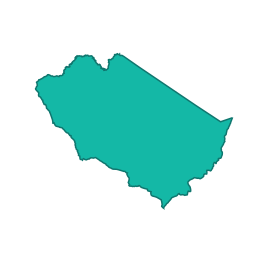 Upala, Alajuela, Costa Rica (Mercator projection), rotated 13°
{"feature_id": "36466004B97209373697434", "entity_name": "Upala", "entity_type": "district", "adm_level": 2, "iso_a3": "CRI", "parent_name": "Costa Rica", "parent_adm1": "Alajuela", "projection": "mercator", "projection_center": [-85.236, 10.868], "detail": "fine", "context": "isolated", "style": "filled", "palette": "teal", "viewbox_px": 256, "rotation_deg": 13, "n_neighbors": 0, "source": "geoboundaries", "source_scale": "gbopen_adm2", "svg_char_len": 5645}
<svg xmlns="http://www.w3.org/2000/svg" viewBox="0 0 256 256"><g transform="rotate(13 128 128)"><path d="M227.4,94.9L226.8,94.9L216.8,101.1L189.3,90.9L125.1,66.2L107.7,59.2L105.7,58.6L104.4,59.1L103.8,59.1L103.6,58.8L103.2,57.9L102.9,58.5L102.0,58.5L100.9,58.0L100.6,58.2L100.6,58.8L100.3,58.9L99.9,59.4L99.4,59.5L99.0,59.2L98.6,59.4L98.4,59.7L98.6,61.0L97.9,61.9L97.6,63.2L97.6,63.7L96.9,64.0L96.0,65.4L94.7,65.4L93.8,65.7L93.6,65.9L93.6,66.2L93.9,66.5L94.1,67.2L94.4,67.4L94.3,68.6L95.1,68.9L95.1,70.7L94.9,71.9L95.0,73.1L95.3,74.1L94.6,75.3L93.6,76.6L93.2,76.4L92.9,76.5L92.5,76.4L92.4,76.5L92.2,77.0L91.6,77.2L91.6,76.8L92.0,76.3L92.2,75.7L90.6,75.5L90.1,76.3L89.4,76.0L88.6,75.9L89.1,75.4L88.1,75.0L88.1,74.4L87.3,73.8L87.0,73.1L86.6,72.7L85.8,72.4L85.5,72.6L85.4,73.0L84.8,72.9L84.3,73.1L84.1,73.1L83.8,72.4L82.3,71.6L81.3,70.5L80.9,70.2L81.2,70.1L81.6,70.1L81.6,69.9L81.4,69.6L81.2,69.5L80.2,69.1L80.0,68.9L79.1,68.7L79.2,67.9L78.2,67.8L78.7,67.4L78.7,67.1L77.8,67.0L76.7,66.0L76.1,65.9L75.4,66.2L74.8,66.3L73.8,66.8L73.2,66.8L72.7,66.2L71.7,66.3L71.2,66.9L70.7,67.1L70.3,66.6L70.1,66.6L69.2,67.5L69.2,67.8L69.0,68.3L68.1,68.2L67.7,68.7L67.2,69.0L66.6,68.4L66.3,68.4L65.7,68.6L64.4,68.6L63.9,69.0L62.9,68.9L62.6,69.6L62.3,69.5L61.9,69.5L62.0,70.1L61.2,70.3L61.2,70.9L60.9,71.2L61.8,71.6L61.7,72.1L61.5,72.3L61.0,72.4L61.2,72.9L60.7,73.9L60.6,74.4L60.1,74.6L59.0,76.1L59.1,77.0L59.0,77.5L58.8,77.7L58.5,77.6L58.5,78.6L58.3,78.8L57.8,78.8L57.6,78.7L57.5,77.9L57.3,79.1L56.7,79.5L57.0,80.0L56.7,80.9L57.5,81.3L57.4,81.6L56.5,81.9L56.2,82.2L55.9,82.3L55.2,82.0L54.9,82.2L54.4,82.0L53.8,82.5L53.7,82.8L53.9,83.0L53.4,83.3L53.8,84.6L53.6,85.0L52.9,85.4L52.9,85.9L52.6,86.3L52.6,86.6L53.0,87.2L52.8,88.0L53.4,88.8L53.5,89.0L52.7,89.6L52.4,90.2L52.6,90.8L51.9,91.7L51.2,92.0L50.3,92.1L50.1,92.3L49.5,92.5L49.4,93.3L48.7,93.3L48.6,93.5L48.1,93.5L47.7,93.3L46.9,93.2L45.4,94.2L44.2,94.6L43.4,94.6L42.6,94.3L41.8,94.6L41.4,94.6L40.3,94.2L39.4,94.1L38.9,93.9L38.2,94.0L37.6,94.3L37.4,95.1L36.2,96.3L34.8,97.0L34.4,97.7L32.9,99.3L31.7,100.2L31.3,100.7L30.5,100.9L30.2,101.2L30.2,101.9L29.9,102.5L29.2,103.2L28.6,104.0L29.3,105.0L30.0,106.7L30.0,107.6L29.5,108.5L29.5,109.5L29.1,110.3L29.3,111.0L30.2,111.8L33.0,113.7L33.3,114.8L33.4,116.1L34.1,117.2L34.4,117.4L35.4,117.4L35.6,117.5L36.2,117.9L36.4,118.4L36.9,118.7L38.0,120.0L38.3,120.1L38.7,120.1L39.0,121.2L39.5,121.8L39.6,122.2L40.2,122.7L40.8,123.7L41.0,123.9L41.3,124.0L41.9,123.7L42.4,123.7L42.7,124.0L43.6,125.4L44.2,127.1L45.3,127.7L46.1,128.4L47.3,129.1L48.0,129.7L48.3,130.5L49.0,131.3L52.7,137.2L52.8,137.6L53.5,139.2L53.6,140.1L54.2,140.1L54.6,139.6L54.8,139.6L55.2,140.3L56.6,141.9L57.6,142.4L60.3,142.4L61.4,142.7L63.7,142.6L65.0,143.6L65.9,143.9L66.7,144.7L68.7,146.1L69.5,146.4L70.6,146.4L71.4,146.9L72.2,147.7L72.7,148.0L72.9,148.4L73.9,148.3L74.2,148.3L74.4,148.6L74.4,149.4L74.9,150.0L75.3,150.4L76.1,150.6L77.6,151.7L78.1,151.9L78.6,152.3L78.7,152.7L79.2,153.1L79.6,154.3L80.4,155.2L80.2,156.4L80.9,157.1L81.2,158.5L81.9,159.2L82.3,160.2L83.1,160.8L84.0,161.1L84.0,162.3L85.0,163.3L85.0,163.7L85.2,163.9L85.8,164.2L85.8,165.6L86.6,166.1L87.3,166.2L88.1,168.5L88.6,169.3L89.3,169.3L89.9,169.1L90.9,169.6L91.1,168.5L91.5,167.9L93.3,168.4L94.5,168.4L95.5,167.7L96.6,167.0L97.1,167.0L98.3,165.5L99.5,165.2L101.1,165.1L102.9,164.1L104.3,164.5L105.5,165.0L106.7,165.4L108.0,166.1L109.6,166.5L111.9,167.5L114.4,168.0L114.9,168.7L115.2,168.9L117.5,169.9L118.0,170.4L119.4,170.8L120.5,170.9L121.9,171.4L122.9,171.4L126.2,170.8L128.1,170.8L133.8,171.2L134.5,171.0L134.9,171.0L136.2,171.9L137.5,172.0L137.3,172.6L137.3,173.2L137.4,173.3L137.9,174.1L138.9,175.3L140.0,176.1L140.3,176.5L140.5,177.0L140.7,178.1L140.7,179.4L140.5,181.0L141.2,181.9L142.2,182.7L141.8,183.4L141.8,183.7L142.1,184.0L142.5,184.2L143.2,184.2L144.0,183.9L145.6,184.0L146.5,183.6L147.3,183.6L148.4,182.9L149.9,182.9L150.8,182.3L151.2,182.3L151.4,181.8L151.7,181.6L152.2,181.6L153.5,182.5L154.7,182.9L157.6,183.2L160.0,183.2L160.8,183.4L161.0,184.2L161.4,184.7L162.1,184.8L164.8,184.9L164.8,186.0L165.1,187.0L165.7,188.1L166.6,188.6L167.6,188.8L169.6,188.8L171.5,189.0L174.6,189.9L175.8,190.3L176.5,190.4L176.8,191.2L177.4,192.1L178.0,193.7L178.5,194.8L178.4,196.2L178.5,196.9L179.3,197.3L179.7,197.7L180.7,198.1L180.5,197.7L181.0,196.8L181.3,195.8L182.0,194.8L182.6,193.1L183.8,191.7L184.1,190.8L185.6,188.1L186.3,186.1L189.0,184.1L190.6,183.2L191.1,182.5L191.9,180.8L192.7,180.4L193.1,181.0L194.1,181.3L194.5,181.3L196.3,180.6L197.2,180.6L198.5,180.8L199.4,180.3L200.4,180.0L200.8,179.7L200.7,178.0L200.8,176.2L201.1,175.9L202.0,176.0L202.8,176.0L203.3,175.4L202.8,173.6L201.8,171.6L201.2,170.9L200.3,170.3L199.0,168.7L198.6,167.8L198.6,167.1L198.7,166.8L199.0,166.4L199.6,165.3L200.0,164.8L200.8,164.1L202.2,163.1L203.3,162.0L204.0,161.4L206.4,161.4L207.3,161.3L207.7,161.0L209.6,161.2L210.1,161.0L211.6,159.5L212.4,158.4L212.6,157.9L212.4,157.1L212.5,156.1L212.8,155.8L213.7,155.3L214.5,155.3L215.0,155.1L215.0,154.1L214.3,151.9L214.5,151.4L215.5,151.3L216.2,151.0L218.0,151.2L218.6,150.6L218.8,149.7L219.4,148.3L219.3,147.4L219.6,146.4L219.9,146.0L219.9,145.4L219.4,144.3L219.8,142.2L220.5,142.2L221.7,142.8L221.8,142.7L221.8,141.4L222.0,140.7L223.5,138.9L223.5,138.4L222.9,138.0L223.1,137.5L223.3,137.2L224.8,136.7L225.3,136.3L225.5,135.5L225.6,133.9L225.8,133.2L225.7,131.9L225.3,130.3L224.2,129.5L224.0,129.2L224.0,128.4L223.4,127.4L223.4,126.1L224.6,122.5L224.8,120.7L225.4,119.4L224.9,118.7L224.8,116.7L224.1,115.3L223.9,113.9L225.0,112.4L224.9,107.6L225.1,107.0L225.8,105.9L225.9,104.3L226.4,102.5L226.5,101.1L226.8,100.4L226.8,99.1L227.4,94.9Z" fill="#14b8a6" stroke="#0f766e" stroke-width="1.5"/></g></svg>